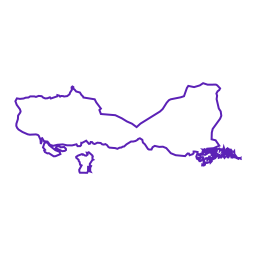 outline of Ha Long, Quảng Ninh, Vietnam
{"feature_id": "81297802B5641238333098", "entity_name": "Ha Long", "entity_type": "district", "adm_level": 2, "iso_a3": "VNM", "parent_name": "Vietnam", "parent_adm1": "Quảng Ninh", "projection": "mercator", "projection_center": [107.104, 20.974], "detail": "fine", "context": "isolated", "style": "outline", "palette": "violet", "viewbox_px": 256, "rotation_deg": 0, "n_neighbors": 0, "source": "geoboundaries", "source_scale": "gbopen_adm2", "svg_char_len": 5948}
<svg xmlns="http://www.w3.org/2000/svg" viewBox="0 0 256 256"><path d="M220.1,88.4L217.2,85.3L215.9,84.6L207.7,84.7L203.1,83.2L199.8,85.4L194.1,87.1L188.3,85.9L186.9,88.0L184.0,96.2L180.7,97.3L170.7,99.3L168.9,100.2L166.7,102.7L162.7,109.0L160.0,111.5L140.5,123.6L136.6,127.1L132.0,123.7L127.0,121.5L121.8,118.3L115.3,115.2L100.9,114.0L99.4,110.0L100.9,108.6L96.2,102.3L94.7,99.3L83.4,97.5L83.1,96.6L81.4,94.9L79.9,92.5L76.2,91.5L74.4,89.4L73.5,88.9L73.3,87.0L72.4,86.5L71.6,87.3L71.8,90.0L70.1,92.5L69.5,94.3L67.2,96.1L64.0,96.5L63.2,96.1L61.2,96.0L60.1,96.6L59.4,95.7L57.4,95.1L57.3,96.3L50.8,98.5L49.9,97.3L47.3,98.3L45.2,98.4L43.2,97.6L41.7,96.2L38.7,95.9L36.0,96.9L34.3,96.4L30.2,96.4L28.5,97.5L25.6,97.7L23.6,98.5L19.9,98.9L16.9,98.4L15.4,101.2L16.7,104.8L19.9,109.2L20.6,111.3L20.2,112.6L18.1,115.6L17.9,119.1L16.4,123.7L16.3,125.9L17.1,127.8L18.5,129.5L22.5,132.0L27.7,134.3L29.8,134.7L35.9,134.4L37.8,134.9L38.7,135.7L40.2,139.1L42.2,138.2L44.0,141.2L47.5,141.6L50.0,144.8L53.2,145.8L57.3,144.8L62.8,144.4L67.0,145.3L72.1,145.4L76.5,144.3L77.5,146.1L80.2,146.1L81.1,145.2L81.3,142.8L82.1,142.9L86.2,140.7L89.0,143.9L90.2,143.5L90.7,142.0L92.1,142.1L93.3,143.6L94.7,144.0L97.4,142.7L100.7,143.0L102.1,144.3L103.8,144.6L105.4,144.1L107.1,145.2L108.3,146.9L109.4,147.6L115.2,148.1L117.4,148.8L119.5,147.7L121.5,147.5L122.6,146.7L124.1,146.5L126.5,144.3L131.1,141.5L133.3,141.5L135.5,141.0L137.7,139.7L138.1,139.0L139.9,138.3L142.3,139.8L142.9,142.5L144.9,144.3L147.9,148.9L148.9,149.5L151.5,149.5L152.6,147.2L154.7,145.9L159.3,146.9L162.9,146.7L166.3,148.1L170.8,153.2L175.7,155.2L185.1,156.1L187.6,153.5L188.9,153.6L189.6,155.2L192.7,154.2L193.6,153.2L193.6,151.5L194.7,151.5L197.6,152.0L197.4,153.8L199.5,154.4L200.7,153.8L201.5,154.5L201.9,154.2L202.7,154.8L203.8,154.5L205.1,154.9L206.5,154.1L205.5,152.7L206.8,152.1L207.0,151.0L204.9,150.2L204.3,150.5L204.1,151.8L203.1,152.8L202.3,152.6L202.9,150.4L203.8,150.5L203.0,149.7L204.1,149.9L204.5,149.2L206.4,149.9L207.1,148.7L213.6,148.2L219.3,145.7L215.6,140.3L211.6,139.3L211.8,132.6L212.7,128.9L220.1,118.7L221.3,115.8L220.7,111.4L218.8,108.5L216.6,99.1L217.1,95.7L216.4,93.5L217.6,91.3L219.2,90.1L220.1,88.4ZM92.4,155.5L88.8,152.3L88.2,152.8L86.8,152.7L87.6,154.6L86.2,155.7L84.7,155.4L83.2,154.4L82.7,154.7L82.0,154.1L78.0,155.6L76.2,156.8L76.2,157.7L78.6,159.8L78.7,160.9L79.6,162.0L80.1,164.7L81.6,165.4L79.2,169.8L79.4,171.7L79.9,172.7L87.2,172.8L88.0,171.1L88.1,166.8L89.1,166.8L89.3,171.2L90.5,171.6L90.2,171.1L90.2,167.6L91.1,166.0L89.8,165.1L89.8,163.9L92.3,160.1L93.2,159.7L92.5,159.2L92.4,157.0L92.8,156.7L92.4,155.5ZM55.4,150.2L49.1,145.2L47.5,142.6L45.6,142.5L44.4,143.1L43.0,147.4L45.1,149.9L44.2,150.5L44.9,152.0L47.4,153.4L48.9,153.2L53.7,156.3L55.5,156.2L60.4,154.1L59.7,151.9L55.4,150.2ZM220.1,149.1L219.4,148.5L217.7,149.3L216.6,148.8L217.0,149.9L216.7,151.1L214.2,151.2L214.0,153.6L212.9,153.8L211.8,155.2L212.8,155.7L213.8,155.6L213.7,154.9L214.3,155.1L215.3,153.8L214.5,152.4L216.1,152.0L216.4,153.2L217.7,154.3L217.1,155.0L217.4,156.0L218.0,156.1L218.7,155.2L220.1,154.7L218.5,156.4L218.7,157.8L219.6,157.4L218.9,156.6L219.3,156.1L221.3,155.1L220.5,156.8L220.6,157.4L221.1,157.6L222.3,156.5L222.5,155.4L223.8,154.5L223.7,153.7L224.2,153.7L224.4,154.7L224.8,154.5L225.3,153.8L225.7,152.0L226.8,152.2L227.2,153.4L229.1,152.3L228.5,151.7L227.6,151.9L226.3,150.0L224.5,150.9L223.9,151.9L222.2,152.4L222.8,151.3L222.1,150.9L222.3,149.6L221.9,149.2L221.0,149.4L219.9,150.7L220.1,149.1ZM60.5,147.3L59.5,146.3L57.2,146.4L56.6,146.6L55.7,148.1L62.3,151.2L64.8,150.9L66.0,150.0L65.9,148.8L64.2,147.0L60.5,147.3ZM209.9,161.9L210.2,159.2L210.7,157.6L209.7,156.6L209.1,156.6L208.9,158.5L207.3,160.2L207.1,158.1L206.1,158.1L203.7,160.2L203.5,161.1L204.3,161.4L204.5,161.9L203.6,162.7L203.9,163.4L203.6,163.8L204.3,164.6L203.3,165.2L203.8,165.5L205.0,164.7L205.1,162.6L206.9,163.0L209.9,161.9ZM198.9,155.1L198.4,154.4L197.2,154.1L196.3,156.5L196.9,158.7L198.3,159.3L198.9,160.2L199.2,159.7L198.5,157.8L199.4,158.0L200.2,157.4L200.7,155.1L200.2,154.5L198.9,155.1ZM232.0,154.7L231.9,153.2L230.5,155.7L231.1,156.2L231.8,155.7L232.1,156.8L230.6,157.3L232.5,157.6L233.6,157.1L235.0,157.4L235.2,156.9L234.4,156.8L234.9,155.6L235.3,156.4L235.9,156.0L235.1,154.9L233.7,155.5L233.2,154.7L232.0,154.7ZM203.3,157.4L202.8,157.1L200.5,157.7L199.4,159.9L199.6,161.1L200.6,161.1L202.8,159.1L203.3,157.4ZM210.4,149.3L208.8,149.1L207.1,150.0L206.9,150.4L208.1,151.4L206.9,152.6L207.0,153.5L208.1,153.0L208.6,151.7L210.2,150.4L210.4,149.3ZM230.1,154.8L229.1,153.9L229.6,153.2L228.6,153.9L228.0,155.2L227.3,154.5L228.2,153.6L227.4,153.4L226.6,154.3L227.2,155.4L226.5,155.6L226.3,156.3L227.2,156.4L227.6,157.3L228.4,157.4L228.9,156.4L228.5,155.4L229.1,154.8L230.1,154.8ZM216.1,155.6L215.0,155.9L214.6,157.9L212.6,157.4L212.1,158.4L210.9,159.4L212.4,159.5L215.2,158.2L216.4,156.6L216.1,155.6ZM211.9,150.9L212.3,149.9L211.6,149.6L210.6,150.4L210.8,150.7L211.4,150.3L211.7,151.5L211.0,153.0L211.3,153.6L212.5,153.3L212.0,151.8L212.9,151.1L212.7,150.7L211.9,150.9ZM231.6,152.0L230.9,151.3L231.4,150.4L230.8,149.6L229.4,150.1L229.3,150.7L230.0,150.8L230.6,151.7L230.3,153.2L230.9,153.9L231.0,152.6L231.6,152.0ZM215.9,150.0L214.7,148.7L214.2,149.5L213.5,149.5L213.4,150.4L215.3,150.8L215.9,150.0ZM40.8,144.0L41.7,141.5L40.5,139.4L40.8,144.0ZM224.0,150.5L224.5,149.7L223.8,147.5L223.2,150.3L224.0,150.5ZM228.9,149.2L227.7,148.4L227.4,149.0L226.7,148.9L226.5,149.9L227.4,149.6L227.9,149.9L228.9,149.2ZM238.1,158.7L238.2,158.1L236.8,157.3L236.7,158.1L238.1,158.7ZM210.5,162.6L211.8,161.2L211.7,160.6L210.4,162.0L210.5,162.6ZM224.5,157.9L224.9,157.4L224.1,156.3L224.0,157.2L224.5,157.9ZM202.7,165.4L203.0,164.7L202.3,164.4L202.2,165.4L202.7,165.4ZM234.3,152.6L234.2,151.2L233.7,151.8L234.3,152.6ZM210.0,151.7L209.1,151.7L209.4,152.3L210.0,151.7ZM240.6,158.7L240.6,158.1L240.1,158.5L240.6,158.7ZM239.6,158.4L239.3,158.0L238.8,158.0L239.2,158.3L239.6,158.4Z" fill="none" stroke="#5b21b6" stroke-width="2"/></svg>